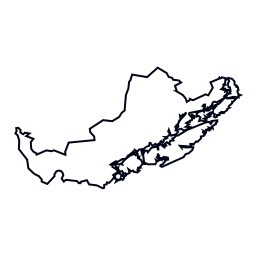 outline of Arendal nor, Aust-Agder, Norway
{"feature_id": "86288312B9784031992888", "entity_name": "Arendal nor", "entity_type": "district", "adm_level": 2, "iso_a3": "NOR", "parent_name": "Norway", "parent_adm1": "Aust-Agder", "projection": "natural_earth1", "projection_center": [8.804, 58.499], "detail": "fine", "context": "isolated", "style": "outline", "palette": "ink", "viewbox_px": 256, "rotation_deg": 0, "n_neighbors": 0, "source": "geoboundaries", "source_scale": "gbopen_adm2", "svg_char_len": 5991}
<svg xmlns="http://www.w3.org/2000/svg" viewBox="0 0 256 256"><path d="M226.7,78.5L220.8,77.1L222.2,77.6L220.0,78.5L219.3,77.6L218.6,78.9L210.5,82.3L212.8,87.7L208.3,95.3L205.6,94.4L193.0,100.2L190.0,99.0L190.2,99.8L186.8,101.9L185.8,98.7L183.0,95.2L175.9,90.9L176.7,90.8L175.0,85.7L181.1,82.5L178.9,80.5L173.0,79.7L172.2,77.9L168.7,76.9L166.6,73.0L157.7,67.7L147.1,77.1L132.1,74.6L130.4,80.3L129.1,81.8L128.4,88.4L125.9,95.2L124.6,110.6L121.9,112.6L119.1,117.0L112.2,121.2L103.2,120.1L89.8,128.8L90.2,132.1L94.2,136.5L94.5,140.1L68.7,142.6L65.2,151.7L65.4,154.8L53.8,150.3L51.7,151.2L46.4,150.4L36.6,154.6L36.4,153.4L33.3,151.6L31.2,148.7L30.8,142.0L33.4,138.8L26.2,136.1L29.5,133.5L25.0,132.7L23.2,134.3L20.4,132.4L20.5,130.1L18.3,127.8L16.2,128.1L16.6,131.1L15.4,133.4L17.7,135.4L19.2,140.6L18.9,149.1L27.1,159.6L28.4,168.3L34.3,173.9L38.9,176.2L41.7,179.5L41.7,181.6L47.3,183.9L54.5,176.2L54.4,174.5L56.3,171.4L58.6,170.6L60.8,170.9L62.5,172.6L63.3,175.1L61.7,178.6L63.8,181.6L65.8,179.9L67.4,180.0L77.0,181.1L78.7,183.1L80.4,183.1L80.6,181.9L86.8,180.2L89.2,184.4L96.9,185.4L102.9,188.3L104.1,187.8L104.2,184.9L106.7,184.2L107.0,182.4L109.3,182.8L113.4,178.4L114.2,176.4L113.1,175.1L117.6,172.1L117.6,170.8L116.2,169.4L116.6,169.5L116.8,169.4L112.4,166.9L112.5,165.4L110.6,164.7L111.2,164.1L115.7,161.3L117.7,161.8L122.6,159.0L125.7,158.9L128.2,155.4L130.9,154.6L129.8,153.4L130.9,153.9L133.5,151.2L133.7,152.5L135.5,152.2L136.2,151.7L135.7,150.5L137.4,151.6L139.0,149.6L144.1,148.8L146.2,146.8L149.1,145.9L149.5,143.0L150.4,142.8L152.6,146.0L156.0,143.3L155.3,144.5L156.5,145.0L159.0,143.6L160.1,144.1L160.1,142.2L161.2,141.1L162.5,143.0L163.9,140.7L163.6,139.7L166.9,138.1L165.1,137.0L167.1,136.9L169.2,135.1L169.7,133.3L168.2,131.6L168.8,129.8L171.1,135.7L176.0,134.3L178.0,132.0L177.5,130.8L175.6,130.4L176.2,129.3L175.3,126.8L176.2,126.5L176.3,125.3L177.9,124.1L179.3,120.4L180.5,119.5L180.0,115.6L181.5,116.8L182.6,114.6L184.5,114.5L186.0,112.3L185.7,113.9L179.8,120.4L177.9,124.4L178.4,126.5L176.9,128.3L177.7,129.8L181.3,128.7L183.9,130.6L188.4,128.7L190.1,127.1L185.8,126.8L189.0,124.5L186.2,123.1L188.4,121.7L189.8,122.1L189.8,120.7L191.9,120.1L192.4,117.5L193.9,118.3L194.4,117.5L193.5,116.4L194.1,115.9L192.0,114.7L190.9,116.6L189.1,114.4L189.3,113.0L202.7,110.3L204.2,108.0L203.5,106.7L204.4,105.2L203.2,105.4L203.8,104.7L205.0,104.6L204.6,109.7L206.2,109.2L206.7,109.6L208.0,108.5L207.1,108.3L207.4,107.4L209.0,107.5L211.6,105.4L212.7,102.6L214.2,101.6L216.9,102.3L223.3,98.6L225.3,96.6L224.3,96.1L227.0,93.9L227.6,90.3L225.2,91.5L225.6,89.8L224.3,89.8L226.0,88.3L224.4,89.3L223.0,89.2L223.9,88.6L223.4,88.0L222.2,88.3L223.4,87.1L223.4,85.6L225.1,85.0L223.7,84.4L225.0,83.4L225.4,79.5L226.5,79.5L226.7,78.5ZM217.3,120.3L211.4,121.0L211.0,121.8L212.5,121.5L210.8,123.9L209.0,121.8L205.2,122.6L187.0,130.0L177.8,135.6L175.4,135.9L174.4,137.7L172.4,138.5L173.5,140.4L170.2,140.8L169.3,143.3L170.7,145.2L166.9,142.2L165.1,143.5L166.3,145.6L164.8,146.6L163.8,145.8L164.0,147.1L162.7,146.2L163.6,144.9L160.1,144.8L157.6,146.3L158.4,148.3L158.3,150.3L157.1,147.2L155.6,146.8L151.5,147.8L147.8,152.3L147.0,150.6L141.4,150.9L142.1,153.7L143.2,152.2L144.1,152.3L143.1,154.7L144.3,164.0L145.2,164.0L145.0,162.9L148.1,164.3L155.3,164.2L156.7,161.8L155.9,159.8L158.0,160.9L160.0,160.0L156.8,157.2L158.1,155.9L157.6,154.9L157.7,154.5L157.9,154.4L158.1,154.3L159.0,155.5L158.3,156.7L159.4,157.7L160.3,156.9L159.9,157.8L161.8,159.8L162.0,158.0L163.3,157.3L163.3,158.9L164.3,159.6L165.8,158.8L165.1,157.1L167.9,157.6L168.1,159.6L166.3,160.0L162.5,164.3L160.6,165.0L160.3,166.0L161.9,166.9L183.5,157.2L185.8,154.0L188.5,153.4L192.3,150.1L193.3,147.3L185.5,147.4L181.5,146.7L181.6,147.8L179.9,145.8L189.5,146.5L191.3,145.8L191.8,144.3L189.4,143.9L192.3,143.9L193.4,144.6L196.1,141.4L197.6,141.8L201.1,138.3L200.9,136.5L203.7,135.9L204.4,133.5L205.1,134.1L205.4,133.2L202.2,132.2L204.6,131.9L203.9,131.0L206.1,131.9L206.1,129.8L208.8,130.3L208.3,129.2L209.9,129.4L208.8,127.6L211.8,128.3L211.2,127.3L211.8,126.7L212.7,127.8L212.5,126.0L216.0,124.0L215.8,122.9L217.2,121.8L217.3,120.3ZM227.2,98.4L224.9,97.7L219.0,103.8L213.0,105.8L212.6,107.0L214.0,107.0L217.1,105.1L213.4,109.3L212.1,108.3L213.0,107.8L212.4,107.0L208.8,110.5L206.4,110.7L206.1,109.5L204.3,110.4L204.0,111.7L203.1,110.6L195.7,112.9L198.2,113.3L196.8,113.8L196.2,117.3L197.3,115.9L198.6,116.0L200.4,117.3L199.1,121.0L202.0,120.4L204.6,121.5L206.4,120.1L204.1,118.6L206.5,118.1L205.4,116.3L207.6,117.4L209.6,116.8L210.3,116.2L207.6,114.6L209.0,113.6L208.6,114.8L211.2,114.2L211.3,112.8L212.9,111.6L212.9,113.1L214.9,114.4L213.8,116.6L215.1,117.4L217.1,116.6L217.5,115.5L216.2,115.0L219.5,115.0L219.5,113.2L221.9,113.1L220.8,112.5L221.3,111.9L224.3,112.2L227.2,110.1L227.0,109.2L229.4,107.9L228.5,107.6L228.9,106.1L232.1,103.3L232.1,101.7L233.1,101.8L236.8,98.0L227.2,98.4ZM137.6,153.7L136.7,153.4L135.7,155.2L134.0,154.0L129.8,155.7L124.0,160.5L121.8,163.3L122.3,164.5L120.3,163.8L119.4,164.7L114.9,162.9L111.8,164.2L115.6,164.9L116.0,167.5L118.3,167.2L118.0,169.7L119.0,170.3L118.4,170.8L119.8,172.0L122.2,171.1L123.5,173.4L122.2,174.9L125.1,176.1L126.0,175.5L125.0,172.4L126.2,174.6L129.6,172.9L128.5,169.2L131.4,171.4L133.1,170.5L134.0,171.9L137.4,172.4L139.3,170.8L137.7,170.4L137.4,169.8L139.1,168.5L137.2,167.8L140.6,167.6L140.0,166.9L142.7,163.8L141.3,160.2L138.9,158.6L139.3,156.8L137.9,157.6L137.6,153.7ZM232.2,78.9L228.2,77.9L228.0,78.9L229.2,81.3L227.8,83.5L228.5,87.0L230.7,87.6L230.0,87.6L230.4,89.9L228.9,89.9L230.5,91.5L229.6,92.8L230.2,93.4L228.0,93.9L225.8,97.5L227.9,98.2L233.1,96.8L238.6,97.4L238.2,96.2L240.6,95.1L238.4,94.3L237.6,92.1L237.5,90.5L238.5,90.0L238.0,87.6L236.6,86.9L237.3,86.5L236.8,85.6L234.6,84.7L234.5,81.4L232.2,78.9ZM119.4,173.3L117.1,173.3L114.7,175.4L114.6,177.4L116.1,177.3L114.8,177.7L115.1,178.7L117.0,179.4L116.0,181.7L120.4,178.9L120.4,179.7L121.8,179.0L122.7,179.9L124.1,178.3L123.3,175.5L121.3,176.2L121.6,175.3L119.4,173.3Z" fill="none" stroke="#020617" stroke-width="2"/></svg>